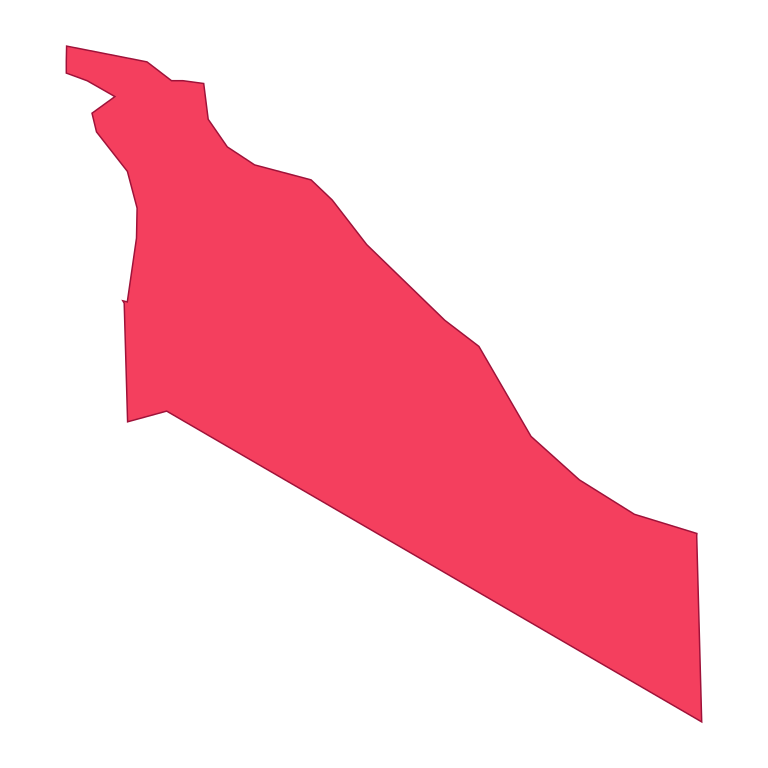 SVG path tracing the border of Bur Sa`id
{"feature_id": "EGY-1538", "entity_name": "Bur Sa`id", "entity_type": "Governorate", "adm_level": 1, "iso_a3": "EGY", "parent_name": "Egypt", "parent_adm1": "", "projection": "orthographic", "projection_center": [32.36, 31.131], "detail": "fine", "context": "isolated", "style": "filled", "palette": "rose", "viewbox_px": 768, "rotation_deg": 0, "n_neighbors": 0, "source": "natural_earth", "source_scale": "10m", "svg_char_len": 533}
<svg xmlns="http://www.w3.org/2000/svg" viewBox="0 0 768 768"><path d="M66.6,46.1L147.0,61.9L171.5,80.7L183.0,80.7L203.7,83.5L208.2,119.3L227.3,146.9L254.6,164.9L311.1,179.9L332.2,200.0L366.7,244.6L444.8,320.3L478.9,346.4L531.0,436.4L579.4,479.9L634.4,514.3L696.9,533.5L696.7,535.9L701.7,721.9L166.6,411.1L127.6,421.8L124.2,303.2L122.8,300.8L127.3,301.9L136.5,238.1L137.1,208.1L127.4,171.4L96.5,131.9L92.0,113.2L114.9,96.6L87.3,80.8L66.3,73.1L66.3,72.7L66.3,61.1L66.6,46.1Z" fill="#f43f5e" stroke="#9f1239" stroke-width="1.5"/></svg>